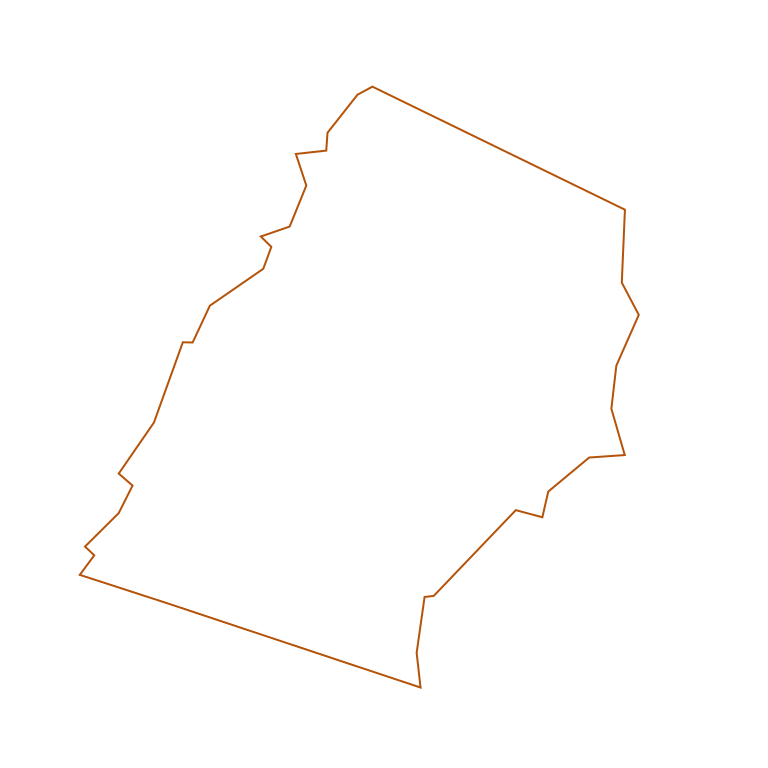 outline of Lunenburg, Virginia, United States of America, rotated 104°
{"feature_id": "52423323B20701637265595", "entity_name": "Lunenburg", "entity_type": "district", "adm_level": 2, "iso_a3": "USA", "parent_name": "United States of America", "parent_adm1": "Virginia", "projection": "orthographic", "projection_center": [-78.234, 36.948], "detail": "fine", "context": "isolated", "style": "outline", "palette": "amber", "viewbox_px": 768, "rotation_deg": 104, "n_neighbors": 0, "source": "geoboundaries", "source_scale": "gbopen_adm2", "svg_char_len": 597}
<svg xmlns="http://www.w3.org/2000/svg" viewBox="0 0 768 768"><g transform="rotate(104 384 384)"><path d="M669.7,275.1L636.9,287.3L580.8,293.1L577.6,284.5L474.5,225.6L475.0,198.1L448.6,198.6L405.7,167.1L394.7,133.2L353.0,157.4L310.0,163.0L255.3,153.5L228.1,177.8L156.6,192.4L98.3,467.2L109.7,479.7L153.9,499.6L171.5,496.5L182.1,525.2L210.2,507.4L254.0,513.6L270.7,539.2L278.2,526.5L301.4,529.0L350.1,571.9L390.0,579.7L392.2,589.3L477.0,597.9L535.1,619.7L543.4,603.4L573.5,610.2L614.1,634.8L620.3,623.7L642.8,633.0L649.0,543.9L669.7,275.1Z" fill="none" stroke="#b45309" stroke-width="2"/></g></svg>